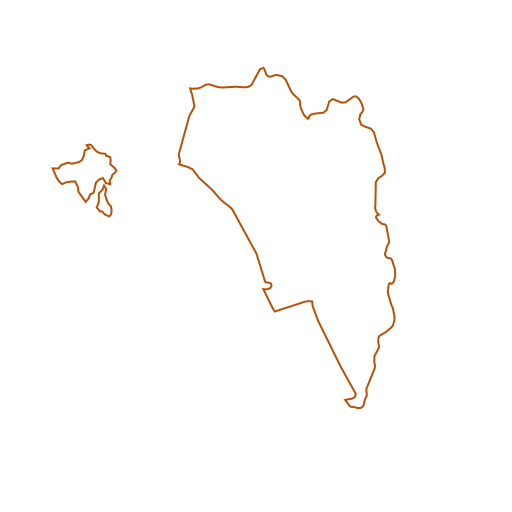 outline of Kedah, rotated 338°
{"feature_id": "MYS-1140", "entity_name": "Kedah", "entity_type": "State", "adm_level": 1, "iso_a3": "MYS", "parent_name": "Malaysia", "parent_adm1": "", "projection": "natural_earth1", "projection_center": [100.502, 5.804], "detail": "fine", "context": "isolated", "style": "outline", "palette": "amber", "viewbox_px": 512, "rotation_deg": 338, "n_neighbors": 0, "source": "natural_earth", "source_scale": "10m", "svg_char_len": 3570}
<svg xmlns="http://www.w3.org/2000/svg" viewBox="0 0 512 512"><g transform="rotate(338 256 256)"><path d="M257.7,75.9L259.8,77.1L264.6,78.8L268.2,79.1L273.7,78.4L276.9,79.3L283.8,85.0L287.7,87.1L300.8,91.5L308.2,95.2L312.0,96.3L315.9,95.7L329.7,84.3L333.4,84.3L333.7,85.8L333.6,91.4L334.2,93.5L336.0,95.0L338.0,95.3L340.2,95.3L342.7,95.7L347.6,99.0L349.6,103.8L350.2,115.7L350.7,118.5L351.7,121.2L354.2,126.3L354.7,128.4L354.2,130.7L353.5,132.8L353.4,133.0L353.0,135.2L353.2,142.4L353.7,144.5L355.5,148.2L356.4,148.1L357.6,146.4L360.3,145.4L363.1,145.8L372.1,148.4L376.1,147.2L381.8,140.2L385.9,139.2L392.8,145.8L396.3,147.1L406.2,144.7L408.9,145.7L410.4,149.0L411.0,154.0L410.6,160.1L408.6,162.2L405.8,163.7L402.9,167.9L402.7,173.6L406.1,177.4L410.1,180.8L411.7,185.8L410.5,195.5L410.2,209.7L408.7,217.9L408.3,222.5L406.7,227.1L402.8,228.8L398.3,229.8L394.7,232.5L385.9,253.2L384.5,255.9L384.0,258.9L384.4,261.7L385.5,263.7L384.1,263.7L383.3,263.8L382.5,264.1L382.0,264.7L381.7,265.4L382.5,269.5L382.9,270.2L383.8,271.4L384.5,272.9L385.0,273.5L386.8,274.7L387.4,275.2L387.8,275.7L388.0,276.4L387.9,277.8L385.0,292.1L384.6,293.0L383.9,293.9L381.2,296.0L380.1,297.3L378.6,299.7L376.8,301.6L376.4,302.3L376.1,303.5L376.4,305.5L376.9,306.6L377.5,307.3L378.1,307.6L378.8,307.9L379.5,308.3L380.0,308.8L380.4,309.5L380.6,310.5L380.6,311.7L380.1,316.0L380.1,318.1L380.0,319.1L379.3,322.2L377.9,325.9L376.5,328.4L373.8,331.6L372.3,332.4L371.3,332.6L370.3,331.6L369.7,331.2L368.9,331.7L367.9,332.9L366.3,335.8L365.4,337.2L364.3,340.5L363.4,350.2L363.2,352.2L363.3,354.3L363.2,356.4L361.8,363.6L361.2,365.2L360.6,366.7L359.8,368.0L357.0,371.7L355.5,372.5L353.3,373.5L347.9,375.1L340.5,376.3L338.9,377.6L336.9,382.2L336.4,385.0L336.2,385.8L335.5,387.0L334.4,388.2L329.2,392.4L328.5,393.2L327.7,394.4L326.1,398.4L325.2,402.2L325.0,402.8L324.8,403.2L324.0,404.6L308.8,420.3L307.8,422.4L306.8,426.0L306.5,426.7L306.0,427.3L302.8,430.4L299.8,434.7L299.2,435.2L298.5,435.6L297.6,435.9L296.2,436.1L294.6,435.6L293.1,434.9L290.9,433.1L288.5,431.8L287.7,431.6L286.4,429.6L284.8,422.8L291.4,424.2L294.0,424.1L294.7,423.8L295.3,423.4L295.9,422.7L296.5,421.7L296.7,420.7L296.7,419.7L293.1,390.6L289.3,339.4L289.7,324.4L290.1,322.3L291.1,319.3L287.4,317.3L284.0,316.7L252.7,314.5L251.9,310.7L250.4,289.5L252.4,290.5L254.9,291.2L257.4,291.0L259.2,289.5L259.6,287.1L257.9,285.6L255.8,284.5L254.8,283.4L257.3,254.2L251.5,204.0L249.7,199.7L246.6,194.9L244.0,189.6L240.2,178.4L232.4,162.1L229.8,152.1L226.5,148.3L219.5,142.6L219.2,142.2L219.3,142.2L220.9,140.2L221.7,137.1L222.0,134.5L222.4,133.3L222.6,132.7L246.3,101.6L248.5,99.6L253.6,95.6L254.5,94.6L255.1,93.6L257.2,82.5L257.3,80.6L257.3,79.5L257.7,75.9ZM155.2,116.4L157.4,120.3L158.2,122.5L158.6,124.6L156.4,125.9L153.3,126.9L151.4,129.2L148.7,131.2L147.7,134.8L144.2,132.2L143.2,126.3L139.0,126.4L135.1,128.0L131.8,132.8L128.9,136.7L125.3,136.7L122.6,139.8L120.0,141.2L118.3,142.0L115.4,129.9L116.8,125.6L116.2,119.1L112.7,117.8L107.1,116.5L103.2,116.8L101.4,113.3L100.5,108.9L100.3,98.6L105.5,100.8L109.7,98.7L116.7,99.0L119.9,101.5L127.3,102.6L130.6,101.8L134.1,98.5L136.7,94.0L138.7,93.9L142.0,93.8L141.0,91.7L140.6,89.8L142.6,90.1L144.6,91.1L146.2,96.6L147.9,100.1L150.4,102.6L154.8,104.9L154.6,107.0L156.1,108.1L157.9,109.9L157.0,113.0L155.2,116.4ZM130.6,146.9L133.7,139.2L138.7,136.9L141.5,133.8L142.1,138.1L140.5,140.2L138.9,142.9L138.9,146.0L138.6,147.6L138.7,151.6L140.1,155.9L139.2,159.6L137.2,163.2L134.8,164.3L131.3,160.8L130.1,157.0L128.1,156.3L126.5,151.4L130.6,146.9Z" fill="none" stroke="#b45309" stroke-width="2"/></g></svg>